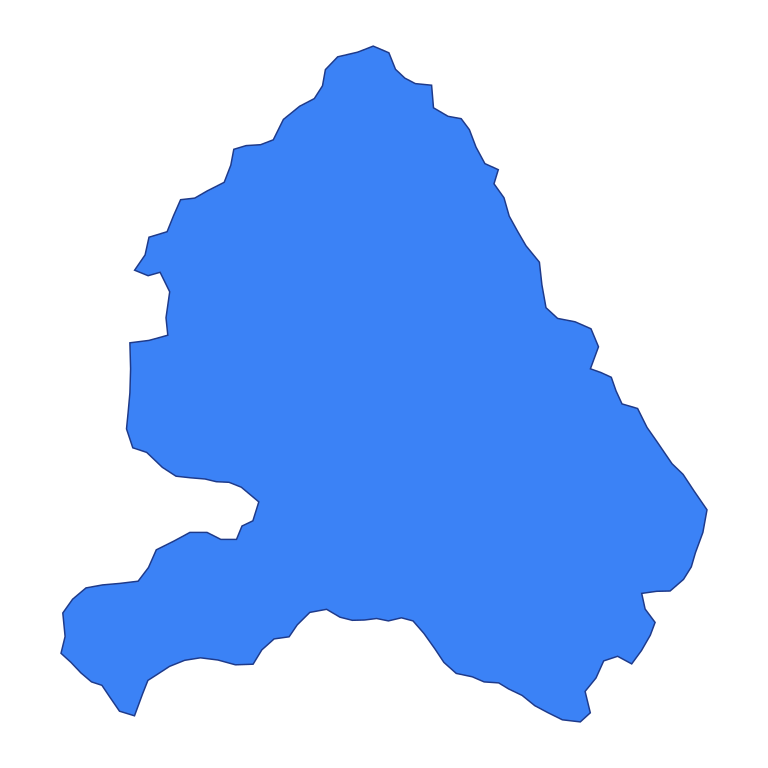 the district of Doresópolis, Minas Gerais, Brazil
{"feature_id": "56859067B32134422354476", "entity_name": "Doresópolis", "entity_type": "district", "adm_level": 2, "iso_a3": "BRA", "parent_name": "Brazil", "parent_adm1": "Minas Gerais", "projection": "equal_earth", "projection_center": [-45.895, -20.285], "detail": "fine", "context": "isolated", "style": "filled", "palette": "blue", "viewbox_px": 768, "rotation_deg": 0, "n_neighbors": 0, "source": "geoboundaries", "source_scale": "gbopen_adm2", "svg_char_len": 1984}
<svg xmlns="http://www.w3.org/2000/svg" viewBox="0 0 768 768"><path d="M61.0,653.3L71.0,662.4L80.8,672.8L91.5,681.9L101.9,685.3L110.1,697.5L119.5,711.2L134.5,715.8L142.6,693.8L147.9,680.4L157.4,674.3L169.5,666.4L184.7,660.3L200.4,657.8L217.9,660.0L235.4,664.8L253.1,664.2L261.8,649.9L274.1,638.9L289.1,636.8L297.2,624.9L309.8,612.4L326.6,609.3L340.0,617.2L352.3,620.3L364.5,620.0L376.6,618.5L388.4,620.9L401.4,617.8L413.0,620.9L423.9,633.4L435.0,649.0L443.9,662.4L456.2,673.4L472.3,676.8L484.1,681.9L498.7,682.9L508.7,689.0L522.1,695.4L534.8,705.7L547.6,712.5L562.3,719.8L580.3,721.9L590.3,712.8L585.1,691.4L596.0,678.0L603.7,660.9L617.6,656.3L631.7,663.9L641.5,650.5L650.3,635.2L655.1,622.4L645.1,609.0L641.7,593.4L656.7,591.3L670.1,591.0L683.5,579.4L691.3,566.9L695.4,552.8L702.9,532.4L707.0,509.8L694.0,490.9L683.1,474.4L672.0,463.7L657.0,441.7L647.0,427.4L637.6,408.5L622.0,403.9L616.0,390.8L611.3,377.3L601.3,372.7L590.4,368.8L598.5,346.8L591.0,328.8L575.1,321.8L557.6,318.4L546.0,307.7L541.9,284.8L539.4,262.2L526.0,245.8L517.8,231.7L509.2,216.1L504.0,197.8L494.0,183.8L498.3,169.7L484.9,163.6L476.0,147.1L469.4,129.7L461.2,118.7L448.0,116.3L433.5,107.8L431.6,85.2L415.3,83.6L404.8,78.1L395.5,69.3L388.9,52.8L373.2,46.1L357.5,52.2L337.7,56.8L325.4,69.6L322.5,85.8L314.3,98.6L299.7,106.2L283.4,119.4L273.3,139.8L260.6,144.7L246.1,145.6L233.8,149.3L230.8,165.2L224.2,182.3L207.4,190.8L194.7,198.1L180.6,199.7L173.5,215.8L167.1,231.7L149.0,237.2L145.1,254.9L134.6,270.2L148.1,275.7L160.1,272.3L169.7,291.8L166.0,317.8L167.8,335.2L149.0,340.4L129.9,342.8L130.6,368.8L129.9,392.9L128.1,412.7L126.5,428.9L132.8,447.8L146.7,452.4L162.4,467.4L176.0,476.2L190.6,477.8L205.1,479.0L216.3,481.7L229.0,482.3L241.3,487.2L258.8,501.9L252.9,520.8L242.0,526.0L236.5,539.4L220.8,539.4L207.0,532.4L189.9,532.4L174.2,540.9L156.3,549.8L148.5,567.5L138.1,581.2L119.9,583.4L102.6,584.9L86.0,587.9L72.6,599.2L62.8,613.0L65.1,636.5L61.0,653.3Z" fill="#3b82f6" stroke="#1e3a8a" stroke-width="1.5"/></svg>